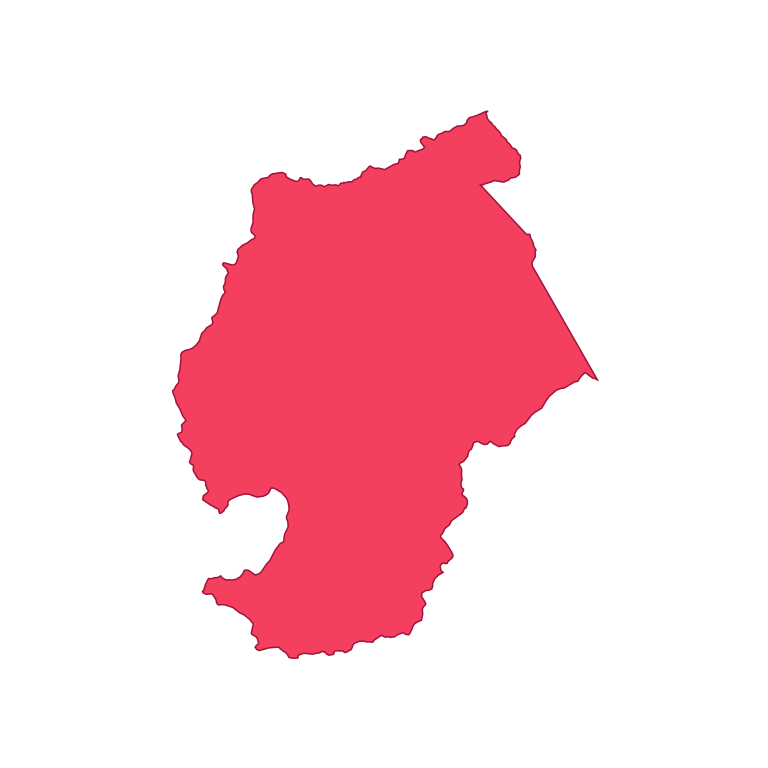 the district of Candarave, Tacna, Peru, rotated 197°
{"feature_id": "86281439B21973804686801", "entity_name": "Candarave", "entity_type": "district", "adm_level": 2, "iso_a3": "PER", "parent_name": "Peru", "parent_adm1": "Tacna", "projection": "albers", "projection_center": [-70.288, -17.116], "detail": "fine", "context": "isolated", "style": "filled", "palette": "rose", "viewbox_px": 768, "rotation_deg": 197, "n_neighbors": 0, "source": "geoboundaries", "source_scale": "gbopen_adm2", "svg_char_len": 6156}
<svg xmlns="http://www.w3.org/2000/svg" viewBox="0 0 768 768"><g transform="rotate(197 384 384)"><path d="M524.9,234.7L523.9,234.3L522.8,232.2L521.3,231.3L520.6,230.0L521.6,227.7L524.1,224.3L523.5,220.4L514.4,217.5L511.3,217.0L509.4,216.3L506.3,216.1L505.3,215.3L503.8,212.6L503.1,212.3L502.3,212.7L500.1,215.6L499.7,218.4L498.8,219.6L497.7,222.9L498.8,225.3L498.1,227.3L496.9,229.1L490.1,235.0L484.8,238.2L481.0,239.1L472.6,238.7L467.2,241.1L464.5,243.1L462.5,245.9L461.5,251.4L460.0,252.0L457.5,252.1L449.8,250.0L443.7,246.2L441.6,243.6L439.4,239.7L437.9,235.7L438.5,228.7L438.0,227.1L435.5,223.8L433.9,219.2L435.0,211.7L434.6,207.2L433.9,205.0L434.1,203.6L436.6,201.2L439.6,193.0L441.5,182.1L443.8,176.9L446.5,168.3L448.5,165.5L451.4,163.8L459.0,166.2L461.8,165.7L463.2,164.8L463.5,161.5L465.1,157.6L468.2,154.1L472.4,151.9L474.2,151.7L477.9,150.4L482.6,151.5L484.0,152.8L486.6,150.2L489.7,149.1L491.8,147.4L494.7,146.8L495.3,145.4L496.1,140.2L496.1,133.7L497.0,132.6L495.9,131.4L492.6,130.9L488.1,132.7L486.5,132.8L481.6,128.6L480.2,125.9L478.5,124.5L477.3,124.4L475.6,125.3L471.6,126.3L463.2,126.1L455.3,123.1L450.0,122.2L443.6,119.6L439.1,116.5L438.8,115.9L438.1,107.0L437.0,105.8L432.7,105.0L431.0,103.8L428.5,100.2L428.1,99.3L429.9,96.0L430.2,94.4L428.0,92.9L425.4,92.6L416.7,98.1L407.6,101.7L406.8,100.9L402.2,99.0L399.5,98.5L397.3,97.0L394.9,94.7L391.9,94.9L386.6,96.6L386.1,97.3L386.5,98.2L386.5,99.7L381.9,103.1L372.9,104.8L371.4,106.0L367.3,107.9L364.7,110.3L361.4,110.1L359.7,108.8L357.4,108.6L353.5,110.5L353.1,111.3L353.2,113.8L352.4,114.6L345.4,116.7L343.4,115.8L342.2,116.0L337.9,120.2L337.4,122.3L337.4,125.5L336.8,126.8L335.7,128.1L332.1,130.9L328.1,132.2L325.3,132.2L323.7,132.9L319.5,133.7L318.9,134.4L318.8,135.8L313.2,142.8L308.6,142.3L306.1,143.5L303.4,143.7L299.6,145.6L298.3,147.7L293.9,151.2L292.1,151.6L290.1,150.9L287.3,151.3L286.6,152.3L286.1,154.4L285.5,158.7L285.6,160.3L284.8,163.5L282.6,166.1L279.1,169.1L279.7,175.2L281.6,180.1L281.0,182.7L279.7,185.2L279.8,185.9L281.0,187.5L286.0,191.8L286.6,195.5L283.6,198.7L280.5,200.1L278.4,202.0L278.3,204.4L279.1,207.4L278.5,213.0L276.0,217.2L272.4,221.2L274.9,222.2L277.1,226.1L276.9,227.1L276.0,229.3L275.2,230.1L272.7,230.2L271.1,231.1L271.0,232.7L268.0,237.7L267.7,239.5L268.0,240.5L270.1,242.9L275.4,247.8L279.6,251.0L284.3,253.5L285.2,254.4L285.4,256.2L284.1,258.8L283.6,263.5L280.2,268.4L279.5,272.9L271.2,284.0L270.6,288.5L269.4,289.4L269.3,290.1L269.2,293.7L270.3,297.1L272.2,299.0L276.9,301.0L277.3,301.6L276.9,305.5L277.2,306.7L279.0,307.3L280.1,308.5L280.9,310.4L281.4,311.6L281.4,315.5L283.2,319.3L284.7,324.9L286.8,327.5L288.7,328.9L288.2,330.4L285.1,333.5L282.9,339.3L283.2,344.0L282.7,345.5L281.4,347.3L281.0,352.1L281.3,353.8L280.3,355.0L277.6,356.5L275.0,356.2L272.9,355.5L270.1,355.6L268.7,356.1L267.7,356.8L266.1,359.7L265.3,360.3L261.4,358.8L255.8,357.7L253.5,359.1L248.0,361.1L246.2,363.6L246.1,366.4L245.5,369.0L243.7,372.0L244.4,373.4L244.4,375.4L243.6,379.6L240.1,384.9L237.6,387.3L233.7,397.6L231.3,401.2L226.1,407.1L224.4,414.3L222.6,420.1L217.3,428.6L213.4,431.6L210.4,432.9L202.6,441.6L199.4,443.3L198.0,448.4L195.3,453.4L194.3,453.6L186.5,450.7L184.0,450.8L181.2,450.4L276.7,540.2L278.0,543.7L276.6,549.5L277.0,552.0L278.0,554.0L277.9,556.8L280.8,559.2L283.1,563.2L287.1,567.3L288.0,569.5L289.0,569.7L290.4,568.9L292.0,569.0L350.0,602.5L347.4,603.6L346.1,604.9L341.0,608.2L338.0,610.8L328.5,612.1L324.8,615.2L323.0,618.1L319.7,619.6L318.4,620.6L315.9,624.1L317.0,628.3L317.1,631.3L319.3,635.8L319.3,640.0L320.5,642.5L322.7,643.3L325.8,646.5L328.3,647.4L330.0,647.0L334.0,650.2L337.2,651.7L338.5,653.5L344.5,656.0L345.7,657.6L348.9,659.9L350.6,660.5L353.3,662.5L356.0,663.5L356.7,664.5L358.8,665.8L360.5,666.2L363.2,668.6L364.2,670.8L365.5,672.3L365.5,673.8L364.2,675.4L366.5,674.2L374.8,667.1L380.3,663.6L381.5,660.7L381.6,657.3L383.5,654.7L384.7,653.8L389.2,652.1L392.2,649.1L395.2,644.6L399.4,643.4L402.4,640.4L405.0,638.5L405.7,637.5L406.1,634.9L407.4,632.2L408.6,631.9L410.0,632.3L413.0,632.2L416.3,632.8L419.2,631.3L419.3,629.9L420.5,628.6L420.5,627.5L419.3,625.8L414.4,622.2L415.4,620.1L419.9,616.9L421.5,615.0L425.3,615.6L429.6,614.1L430.4,610.1L430.6,605.7L432.5,604.2L435.0,603.4L434.7,601.0L435.2,598.9L438.8,596.8L445.7,589.6L446.3,589.2L452.0,588.9L455.9,587.5L461.0,588.4L462.1,587.0L463.7,582.8L466.1,580.8L466.7,579.3L466.9,576.8L466.7,574.9L467.4,575.0L469.0,573.7L470.2,571.8L472.3,570.7L473.8,567.9L477.1,567.0L480.2,564.8L481.2,565.2L481.9,564.0L484.1,563.4L484.8,561.2L486.1,560.2L488.2,560.4L491.8,558.9L495.3,558.6L498.7,555.2L501.5,555.8L503.6,555.4L504.9,555.0L506.5,553.4L507.3,553.3L510.5,554.3L514.3,557.4L516.1,558.0L520.3,556.4L521.7,556.4L523.4,557.1L524.2,557.0L524.6,556.1L524.8,553.6L526.1,552.5L528.1,552.0L534.7,552.6L537.4,553.4L538.9,554.7L539.1,555.9L542.5,556.5L543.8,556.3L552.1,552.4L553.8,550.6L555.5,547.4L560.2,545.1L561.9,543.8L563.9,539.5L566.3,536.6L567.7,531.3L567.1,529.1L565.6,527.1L562.2,518.6L559.1,513.9L558.6,507.1L556.5,500.4L556.6,494.1L556.0,491.6L555.0,490.2L550.9,488.3L550.4,486.7L550.7,485.3L553.2,483.0L555.6,479.4L559.8,475.4L563.1,469.9L563.0,466.9L561.4,465.1L560.5,462.8L560.8,456.3L561.2,455.5L562.4,454.2L563.9,453.4L571.8,453.2L572.9,452.8L573.4,452.0L573.2,451.0L572.4,450.2L568.3,448.3L565.6,445.0L565.4,444.1L566.4,441.3L566.6,438.6L565.9,436.7L565.5,433.5L566.0,430.4L565.2,428.3L562.9,425.5L562.9,424.2L564.1,422.0L564.8,416.8L564.3,403.5L565.4,401.0L568.0,397.4L567.8,396.2L566.0,393.5L565.6,392.2L566.2,390.2L569.9,386.2L571.1,382.6L573.1,379.2L573.2,371.0L575.3,365.8L577.9,362.0L580.9,359.7L583.6,358.3L586.7,355.0L586.8,352.3L585.6,349.3L583.4,337.6L583.3,331.6L580.9,326.9L580.9,325.3L582.5,321.0L583.2,316.9L584.2,315.9L583.0,313.5L579.6,309.5L577.1,305.2L571.3,299.8L567.3,294.8L562.7,291.3L565.7,285.4L563.6,281.3L563.6,278.6L566.4,276.2L566.7,275.4L566.3,274.5L561.7,269.7L560.3,269.2L557.7,267.1L551.9,265.2L548.7,263.3L547.3,261.1L547.1,252.2L545.1,251.0L543.3,250.7L542.4,250.1L541.8,249.1L541.7,246.9L540.7,245.0L535.6,240.2L533.7,239.0L532.0,238.5L528.6,239.2L526.9,239.0L525.7,238.0L524.9,234.7Z" fill="#f43f5e" stroke="#9f1239" stroke-width="1.5"/></g></svg>